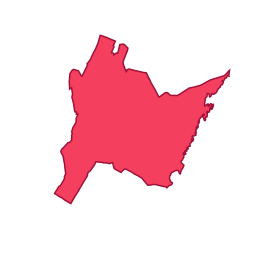 Audriņu pag., Rezeknes, Latvia, rotated 292°
{"feature_id": "27541924B86594333268472", "entity_name": "Audriņu pag.", "entity_type": "district", "adm_level": 2, "iso_a3": "LVA", "parent_name": "Latvia", "parent_adm1": "Rezeknes", "projection": "equal_earth", "projection_center": [27.249, 56.587], "detail": "fine", "context": "isolated", "style": "filled", "palette": "rose", "viewbox_px": 256, "rotation_deg": 292, "n_neighbors": 0, "source": "geoboundaries", "source_scale": "gbopen_adm2", "svg_char_len": 5842}
<svg xmlns="http://www.w3.org/2000/svg" viewBox="0 0 256 256"><g transform="rotate(292 128 128)"><path d="M213.9,202.2L214.1,201.9L219.5,200.5L218.9,200.2L214.3,198.5L213.1,197.9L212.5,197.5L203.5,186.5L199.8,183.3L196.2,180.5L194.5,178.9L191.3,174.7L191.2,174.7L188.3,170.3L187.7,169.6L186.6,168.8L177.9,162.7L177.0,162.0L176.5,161.2L174.3,155.5L174.3,154.9L175.5,151.5L175.4,150.9L174.9,149.7L174.3,149.0L170.4,146.7L168.2,145.1L173.9,138.5L177.0,134.4L177.7,133.7L178.3,132.6L180.5,130.6L181.9,128.9L181.6,128.7L183.6,127.0L186.0,124.3L185.3,121.7L184.3,114.9L183.9,113.4L183.7,112.1L183.8,112.1L183.6,111.1L183.6,110.2L183.2,108.4L183.2,107.0L181.7,105.2L180.6,105.5L179.6,105.1L181.7,103.0L183.0,102.0L182.8,101.9L183.7,101.0L187.0,98.8L190.2,98.5L199.2,98.5L202.1,98.0L202.5,96.7L203.5,94.7L204.1,92.3L202.9,90.1L202.3,89.2L193.5,90.5L193.1,89.6L193.2,89.4L192.6,88.6L192.1,88.5L190.5,87.6L191.4,87.0L191.8,86.5L191.9,86.2L191.6,85.4L191.6,84.5L196.0,84.5L197.7,84.6L198.4,84.3L198.4,83.8L198.9,83.6L203.8,83.7L203.8,76.8L204.0,75.4L203.9,72.6L203.7,69.5L203.8,69.2L203.5,67.5L195.5,68.4L189.3,68.3L184.5,67.8L180.3,67.5L177.7,67.5L172.1,66.0L171.3,66.9L158.9,66.0L158.8,65.8L159.0,65.0L162.4,60.7L162.0,55.8L161.9,55.6L161.4,55.1L160.6,54.6L156.8,53.8L148.7,56.3L142.2,59.3L144.1,60.6L139.0,63.7L135.2,64.6L133.7,65.9L129.6,68.8L124.3,71.8L123.6,72.5L123.0,73.1L123.4,73.7L123.5,74.1L123.3,74.3L121.5,74.9L122.3,76.1L122.3,76.3L117.2,76.4L114.0,77.7L107.9,76.8L106.9,76.8L106.1,77.0L103.2,77.2L102.1,78.5L101.2,78.4L100.0,78.5L98.2,79.4L96.7,79.6L96.2,80.2L95.9,80.4L93.0,79.4L92.1,78.4L92.1,78.1L91.8,77.8L87.8,76.4L84.3,74.9L83.0,74.5L81.9,74.4L81.0,74.6L80.1,75.3L77.5,78.5L77.5,78.8L76.5,78.9L75.0,80.1L73.5,80.9L70.8,82.7L66.4,85.0L62.2,87.4L59.2,87.2L58.3,87.8L56.0,88.0L48.8,86.8L48.8,86.7L48.2,86.0L47.3,85.6L45.6,85.5L43.0,84.9L39.7,84.5L39.4,86.7L38.5,91.0L38.7,92.0L37.2,97.4L37.4,98.0L37.2,98.6L36.8,101.1L36.5,103.3L45.1,104.5L51.2,105.7L51.6,105.6L58.2,106.6L61.1,107.0L68.7,108.3L69.4,107.7L72.2,107.8L73.8,108.9L77.5,109.9L81.2,110.7L84.7,111.0L86.7,118.0L86.5,118.4L87.0,119.6L87.7,121.9L88.1,124.4L88.8,125.0L90.0,126.7L85.1,130.5L84.2,138.2L87.1,139.3L88.7,140.1L89.1,142.0L89.0,142.5L88.7,144.8L88.5,148.2L87.9,150.4L87.7,151.3L87.5,155.2L87.0,157.6L86.8,159.7L85.1,162.5L84.3,164.2L82.3,167.7L83.5,170.2L85.0,172.4L85.9,174.8L86.2,176.1L86.2,177.5L86.5,178.6L86.7,180.4L87.3,183.8L87.6,185.1L87.1,186.3L87.6,186.8L89.6,187.4L90.0,187.7L91.2,189.2L91.9,189.7L93.9,189.6L94.0,189.2L94.0,188.0L95.3,186.6L95.6,186.4L96.5,185.5L98.8,184.7L99.5,184.8L100.4,185.1L101.5,184.7L102.5,185.1L103.8,185.9L106.2,187.9L106.6,188.4L107.2,190.1L107.3,190.5L107.3,190.8L106.1,191.9L105.6,192.2L104.9,193.5L105.2,193.7L106.9,193.4L108.3,193.3L109.8,193.4L111.3,193.8L114.1,193.9L114.7,193.4L114.9,192.3L115.5,191.3L115.9,190.0L116.1,189.9L117.0,189.8L117.9,190.0L118.7,190.4L119.8,190.3L120.7,190.6L121.7,190.7L122.5,190.3L124.0,190.2L124.2,189.9L124.4,189.1L124.7,188.9L125.0,188.8L125.8,188.9L126.2,189.2L126.2,189.3L125.3,190.7L125.2,191.0L125.3,191.1L125.5,191.3L126.0,191.1L127.2,189.9L127.5,189.4L128.2,189.4L128.8,189.7L129.1,189.9L128.9,190.2L128.4,190.5L128.4,191.0L128.5,191.1L129.3,191.0L130.1,190.3L130.6,190.3L130.8,190.4L130.9,190.7L130.8,191.1L130.9,191.4L131.4,191.7L131.7,191.5L131.9,191.1L132.0,190.1L132.5,190.1L132.9,190.5L133.5,190.9L133.7,191.2L133.8,191.7L134.4,192.4L134.6,192.4L135.7,191.7L136.4,191.3L136.7,191.2L137.1,191.3L138.2,192.1L139.6,192.3L140.0,192.6L140.2,193.0L140.6,193.1L141.2,193.1L142.2,192.8L142.1,192.6L140.9,192.6L140.5,192.3L140.3,192.1L140.2,191.7L140.4,191.5L141.3,191.5L142.0,191.2L142.5,191.4L142.8,191.9L143.2,192.0L143.4,191.9L143.8,191.0L144.0,190.8L144.7,190.7L144.9,190.7L145.0,191.3L145.4,192.3L146.3,193.0L146.5,193.4L146.7,193.6L147.4,193.4L147.2,193.3L147.3,192.8L149.3,192.8L149.3,192.5L148.8,192.4L148.6,192.3L148.5,192.2L149.1,192.0L149.4,192.5L149.9,192.6L150.7,192.2L150.9,191.9L150.9,191.7L151.2,191.5L152.4,192.0L153.1,191.4L153.5,191.2L154.5,191.3L155.1,191.0L155.5,191.5L155.4,191.9L154.6,191.9L154.0,192.3L154.9,192.7L155.3,192.7L155.9,192.4L156.5,191.9L157.7,191.5L158.4,191.5L159.4,192.0L160.0,191.9L160.4,191.7L160.0,191.2L159.9,191.0L160.0,190.8L160.2,190.7L161.0,190.8L161.4,191.1L161.9,191.3L162.8,191.0L163.4,190.9L164.4,191.5L165.3,191.6L166.3,192.1L167.1,192.3L168.3,192.2L168.8,192.6L169.3,193.2L169.2,193.5L168.8,193.6L168.3,193.6L167.2,193.1L166.6,193.1L165.1,194.8L163.7,195.9L163.6,196.2L163.8,196.7L164.0,196.8L164.9,196.8L165.9,196.2L166.9,196.0L167.5,196.1L167.8,197.0L168.4,197.0L171.2,196.1L171.8,195.6L171.8,195.1L172.2,195.0L172.7,195.2L173.2,195.7L173.2,196.1L172.8,196.5L172.8,196.8L173.0,197.1L173.5,197.3L174.7,197.3L177.0,196.5L180.0,197.2L180.2,197.4L180.1,197.6L177.1,197.7L176.7,197.9L176.5,198.2L176.9,198.7L177.5,198.9L179.5,198.9L181.2,198.6L181.9,198.2L181.4,197.4L181.3,197.1L181.5,196.0L181.4,195.4L181.1,195.3L179.2,195.0L178.6,194.7L178.3,194.3L178.4,194.0L178.8,193.8L179.9,193.9L180.3,193.5L180.2,193.2L180.0,192.8L179.5,192.4L178.5,191.8L177.3,191.3L177.1,190.9L177.2,190.7L178.7,190.1L182.7,189.1L183.7,188.9L184.3,188.7L185.2,188.7L186.3,189.3L186.9,189.4L187.5,189.3L188.9,188.6L189.5,188.6L189.7,188.8L189.8,189.3L189.8,190.6L187.9,191.5L187.4,191.9L187.5,192.3L187.8,192.7L188.5,193.0L190.7,192.6L191.4,192.7L191.4,193.1L191.1,194.0L191.1,194.3L192.3,195.6L193.0,196.1L194.8,196.8L195.3,196.8L196.0,196.7L198.4,197.1L200.4,198.2L202.3,198.0L202.6,198.2L203.4,199.0L204.3,199.2L206.3,199.3L206.6,199.0L206.3,198.4L206.3,198.0L206.6,197.8L207.0,197.8L207.4,198.1L208.0,198.9L208.5,199.2L208.9,199.3L210.3,199.2L210.7,199.3L210.9,199.4L210.9,199.9L211.1,200.2L211.5,200.4L212.5,200.6L213.8,200.5L214.1,200.7L214.3,201.0L214.2,201.4L213.8,202.0L213.9,202.2Z" fill="#f43f5e" stroke="#9f1239" stroke-width="1.5"/></g></svg>